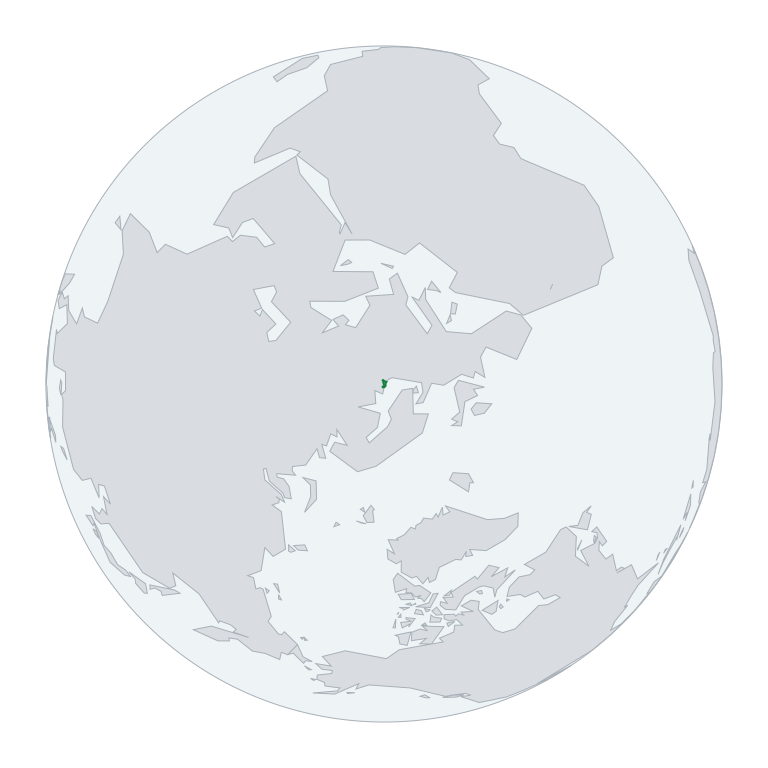 Klaipedos on an orthographic globe, rotated 189°
{"feature_id": "LTU-935", "entity_name": "Klaipedos", "entity_type": "County", "adm_level": 1, "iso_a3": "LTU", "parent_name": "Lithuania", "parent_adm1": "", "projection": "orthographic", "projection_center": [21.636, 55.706], "detail": "medium", "context": "on_globe", "style": "filled", "palette": "green", "viewbox_px": 768, "rotation_deg": 189, "n_neighbors": 0, "source": "natural_earth", "source_scale": "10m", "svg_char_len": 12331}
<svg xmlns="http://www.w3.org/2000/svg" viewBox="0 0 768 768"><g transform="rotate(189 384 384)"><circle cx="384" cy="384" r="338" fill="#eef3f6" stroke="#a8b0b8"/><path d="M70.9,256.9L73.3,251.2L80.0,236.4L91.9,214.1L105.4,192.8L120.4,172.5L137.0,153.4L137.4,153.0L186.0,111.8L154.6,135.8L167.1,124.9L178.8,115.6L177.1,117.2L197.9,103.7L213.8,94.2L240.0,84.3L259.1,87.2L249.5,90.3L255.2,91.2L267.5,87.6L274.3,85.1L310.6,87.9L351.9,84.4L363.9,78.4L362.1,84.1L384.2,70.0L406.0,67.7L382.0,73.6L380.0,76.9L395.0,76.5L396.2,79.9L404.2,81.9L404.3,86.1L390.3,89.9L390.1,92.9L400.7,92.6L407.6,97.2L391.9,97.1L402.2,105.2L380.6,114.4L338.7,113.1L327.2,124.0L285.2,138.5L289.5,141.6L276.3,149.9L276.4,156.8L268.6,158.2L275.4,162.7L282.5,160.2L287.8,161.5L288.6,165.5L278.7,167.7L276.9,166.0L274.4,168.7L269.2,168.2L272.2,170.8L260.2,173.3L272.9,176.9L264.1,184.1L255.9,184.1L255.7,176.1L236.1,158.4L227.8,157.0L216.2,162.6L196.6,189.4L187.7,191.7L176.6,200.6L181.8,202.7L192.5,196.6L199.6,203.3L211.7,195.6L216.4,197.5L229.3,193.4L228.4,202.9L220.5,214.5L209.8,218.6L206.0,224.0L217.1,227.7L197.9,243.2L186.8,267.8L181.7,271.3L170.2,263.5L168.0,243.8L153.0,236.0L163.7,250.3L150.8,259.6L149.1,265.3L150.4,270.5L155.7,270.7L151.5,276.1L139.4,263.4L143.0,258.3L146.8,262.2L145.7,253.3L137.4,245.8L131.5,251.7L125.3,236.0L121.0,240.2L117.2,239.5L124.5,233.7L111.3,244.2L103.1,231.2L85.0,250.3L101.6,225.0L106.9,213.1L111.7,200.9L108.6,203.7L119.1,185.3L121.6,176.2L112.2,184.2L100.4,200.4L89.8,219.0L91.3,218.5L86.3,230.9L79.7,237.6L69.2,263.9L64.4,274.4L61.0,284.7L70.9,256.9ZM59.6,289.5L57.2,298.7L53.6,314.7L54.5,316.2L54.6,326.9L50.9,338.0L53.8,336.4L51.8,349.9L54.1,379.6L53.0,379.7L54.3,418.2L61.8,451.7L63.5,466.3L62.0,468.0L65.9,479.1L66.1,482.6L87.1,526.1L102.3,554.0L104.8,564.9L98.0,561.7L101.4,569.3L89.1,548.9L78.2,527.7L68.8,505.8L61.0,483.2L54.8,460.2L50.2,436.7L47.3,413.0L46.1,389.2L46.6,365.3L48.8,341.6L52.6,318.0L54.5,309.3L56.5,300.9L56.6,300.4L59.6,289.5ZM80.3,254.8L68.7,291.5L70.4,276.5L71.0,277.9L74.9,267.3L80.6,250.9L83.5,238.9L80.3,254.8ZM85.9,257.8L87.5,252.3L86.6,257.0L85.9,257.8ZM277.1,83.6L267.7,87.3L256.1,89.6L263.8,86.0L277.1,83.6ZM299.4,81.2L295.3,83.4L289.3,81.3L293.5,80.6L299.4,81.2ZM372.3,73.6L364.4,74.5L371.6,72.6L372.3,73.6ZM405.3,81.4L407.2,80.2L410.5,81.8L405.3,81.4ZM228.9,188.6L229.0,191.0L226.6,190.5L228.9,188.6ZM234.3,184.8L231.4,182.5L233.5,180.4L235.3,181.8L234.3,184.8ZM413.7,89.9L418.5,93.2L411.2,90.5L413.7,89.9ZM237.5,188.1L237.7,177.0L241.5,173.3L251.6,175.9L237.5,188.1ZM419.7,95.5L431.5,103.9L436.7,101.7L428.7,113.1L421.3,101.9L411.5,98.7L418.4,98.3L419.7,95.5ZM284.5,157.7L276.9,160.5L282.6,154.6L284.5,157.7ZM286.8,153.7L296.5,134.6L308.0,133.0L302.4,139.4L316.8,134.7L317.6,143.2L309.9,147.7L302.3,147.0L308.4,150.9L286.8,153.7ZM422.4,118.4L423.2,121.2L419.7,119.0L422.4,118.4ZM290.4,161.6L291.4,157.7L301.4,155.9L301.4,163.3L298.1,161.5L290.4,161.6ZM320.2,129.5L327.6,129.7L330.3,136.6L333.6,137.6L318.6,143.3L320.2,129.5ZM296.2,163.9L301.1,167.2L297.0,171.9L290.2,165.3L296.2,163.9ZM304.0,152.3L308.8,151.9L306.1,154.5L304.0,152.3ZM285.2,190.8L286.1,185.8L291.4,184.3L285.2,190.8ZM303.2,168.2L304.6,166.6L306.7,165.6L309.0,168.7L303.2,168.2ZM321.6,147.9L321.2,150.8L327.8,145.9L330.2,151.1L319.7,154.0L325.2,155.0L325.9,156.6L316.6,157.2L321.6,147.9ZM317.9,168.9L305.5,174.9L302.7,184.3L297.9,185.7L303.3,170.5L317.9,168.9ZM318.0,161.9L316.9,166.5L311.5,165.8L308.9,162.2L318.0,161.9ZM335.5,153.7L334.6,144.9L336.9,144.6L335.5,153.7ZM318.2,171.7L321.2,170.2L318.6,172.4L318.2,171.7ZM331.4,159.3L330.7,156.1L333.4,155.9L331.4,159.3ZM327.7,170.0L323.7,171.9L321.8,169.4L327.7,170.0ZM330.2,165.2L334.0,165.6L323.5,167.4L329.5,163.8L330.2,165.2ZM333.9,159.6L335.3,158.4L333.8,160.9L333.9,159.6ZM337.1,178.5L324.4,181.4L320.2,175.9L333.2,173.7L337.1,178.5ZM199.6,592.8L177.2,544.6L187.2,534.5L188.3,515.5L257.1,473.6L272.5,483.1L327.6,485.5L334.6,489.2L329.0,505.7L371.0,528.9L383.5,515.3L420.7,524.0L444.9,520.1L452.0,487.2L412.4,493.1L404.6,477.8L435.7,459.5L470.2,454.2L468.3,448.2L445.7,438.6L452.9,424.9L437.8,434.2L444.5,439.7L435.2,445.9L428.6,441.4L431.4,436.5L420.8,435.2L410.2,459.6L415.8,467.8L388.5,474.0L395.2,488.5L388.1,495.6L374.0,473.9L374.8,465.5L349.2,440.4L345.8,449.5L369.8,474.2L362.6,472.2L358.3,485.8L356.0,473.9L330.7,445.5L305.5,447.3L274.7,475.2L259.7,473.6L246.7,462.1L256.7,429.0L289.0,436.4L292.9,425.7L285.4,406.3L295.9,410.6L296.7,403.9L308.9,405.7L324.9,392.1L337.1,392.2L342.4,371.8L349.4,369.3L344.2,381.9L347.1,391.2L377.2,391.5L382.8,387.0L383.8,373.9L392.0,376.1L389.1,363.4L406.0,357.3L383.1,354.5L383.7,340.0L393.3,328.5L389.4,323.5L373.8,342.3L371.2,350.4L375.6,358.0L365.1,380.9L355.0,384.2L350.4,359.1L335.5,361.4L338.5,341.6L379.0,301.5L396.4,293.2L427.1,309.1L423.6,318.8L410.8,317.7L423.5,331.7L422.1,324.3L428.8,326.4L431.1,313.8L436.0,314.7L429.9,301.5L436.2,301.2L440.0,309.6L448.7,291.7L461.5,288.2L461.1,283.8L457.1,280.1L476.0,278.6L474.9,275.4L468.3,274.6L461.8,268.1L457.6,256.1L464.4,256.2L466.8,260.5L482.0,270.2L487.4,282.2L489.8,281.1L486.7,270.7L468.1,258.8L463.7,251.7L473.1,255.9L469.3,253.8L469.3,250.3L475.5,247.1L465.4,241.9L455.4,205.5L466.5,196.4L476.1,203.8L476.2,180.5L488.7,173.3L482.6,172.4L478.5,161.5L474.5,163.5L471.3,162.4L459.0,136.8L461.4,131.4L449.2,120.6L446.0,120.4L443.6,123.7L428.7,113.1L436.7,101.7L443.5,102.8L443.9,95.5L459.2,99.3L472.1,99.6L488.7,109.0L497.4,108.9L496.5,106.1L507.8,104.3L533.9,111.5L516.6,117.9L478.1,112.5L494.1,115.4L491.6,118.6L498.1,122.2L509.3,124.4L509.9,122.2L533.7,147.7L563.0,164.3L558.1,152.2L563.7,148.7L592.8,160.0L633.8,203.4L641.6,201.5L647.8,206.0L653.5,217.4L644.8,211.1L643.0,216.8L637.2,211.8L643.4,228.9L635.4,222.6L644.2,239.5L650.1,240.2L647.6,227.0L658.7,245.1L666.9,241.6L677.2,251.0L694.7,291.2L698.6,318.4L700.8,323.3L697.5,327.6L700.4,346.0L712.4,350.7L714.6,357.1L716.0,386.7L714.7,382.6L706.1,394.2L709.7,412.7L716.5,407.6L719.0,415.7L716.1,424.4L713.0,418.1L709.8,421.8L706.9,407.2L697.0,395.3L693.8,411.8L690.4,403.4L676.4,399.3L669.7,422.6L661.7,471.4L666.6,494.4L661.1,512.6L639.6,497.2L628.6,478.3L621.7,487.8L598.8,481.4L561.9,505.4L555.9,501.0L549.1,508.5L532.8,509.0L523.3,500.6L513.9,505.6L539.1,527.0L549.1,521.4L556.4,504.9L561.7,513.8L577.2,514.8L562.8,549.6L506.7,595.2L500.0,578.6L451.1,534.5L451.9,527.4L451.6,526.7L450.9,525.5L447.7,537.3L438.9,527.1L466.3,562.4L471.4,577.7L505.9,596.5L503.0,600.3L513.7,602.3L546.6,582.0L547.1,587.9L532.3,620.0L485.6,664.8L491.2,679.1L486.8,691.2L456.3,704.3L457.7,709.2L441.8,713.6L439.9,715.7L426.4,718.8L404.3,721.3L368.1,721.5L366.9,721.1L350.3,717.7L327.8,702.0L338.0,694.1L335.2,685.5L308.9,659.8L314.8,646.6L307.5,639.1L292.6,637.8L284.1,628.1L274.9,625.7L217.5,611.6L199.6,592.8ZM234.6,503.3L233.0,509.1L234.6,503.3ZM507.9,464.0L527.8,456.9L516.7,439.8L523.4,435.8L517.1,431.7L515.8,438.6L500.2,426.4L507.9,416.5L504.4,408.0L497.6,410.1L485.8,430.4L508.1,447.7L504.4,458.1L507.9,464.0ZM54.3,380.4L54.1,386.1L53.4,381.3L54.3,380.4ZM68.2,278.4L66.9,284.6L65.4,289.3L65.9,285.2L68.2,278.4ZM63.7,329.4L63.4,337.3L62.6,330.8L63.7,329.4ZM67.4,297.1L63.8,323.4L62.3,312.3L65.1,296.0L64.6,304.7L67.4,297.1ZM81.4,260.5L80.1,265.0L78.8,265.6L81.4,260.5ZM85.2,261.3L85.4,260.0L87.1,256.7L85.2,261.3ZM151.6,260.3L152.4,261.5L152.6,267.3L150.2,265.7L151.6,260.3ZM167.4,287.9L160.3,296.1L163.7,288.9L158.9,287.8L160.2,271.8L179.2,272.2L170.4,274.7L167.4,287.9ZM167.2,251.4L164.2,261.0L166.7,250.5L167.2,251.4ZM289.7,367.1L294.1,372.8L289.9,379.9L274.5,381.3L280.4,370.8L289.7,367.1ZM301.3,379.3L301.1,354.8L310.7,353.5L305.3,358.3L311.7,359.9L304.8,368.1L314.2,391.3L311.1,399.3L284.3,396.6L294.8,392.8L289.8,387.3L301.3,379.3ZM283.7,299.9L283.7,290.7L304.4,299.5L302.0,307.2L286.5,308.6L280.2,300.5L283.7,299.9ZM255.3,195.4L254.0,192.3L256.7,191.6L260.1,193.6L255.3,195.4ZM285.2,188.6L264.0,208.4L261.4,205.8L252.1,221.4L241.6,220.6L248.0,210.4L233.0,221.8L234.5,212.3L225.1,221.0L240.4,198.4L241.2,190.8L244.3,199.5L253.9,200.3L258.3,198.4L271.3,187.5L277.8,172.1L288.3,171.0L294.0,174.3L294.1,177.8L287.2,177.3L292.2,182.4L282.3,184.4L285.2,188.6ZM355.1,221.2L347.1,217.9L355.5,230.9L345.7,232.0L347.3,233.4L340.5,238.1L335.0,246.6L330.4,245.7L330.2,249.4L325.7,252.9L324.0,257.7L315.1,258.1L312.3,264.2L309.7,261.0L307.1,271.5L305.1,263.9L299.0,268.0L304.2,273.2L260.7,266.2L244.1,270.1L231.3,277.7L229.5,264.4L240.2,249.1L257.1,235.4L273.4,234.0L269.6,228.5L276.3,226.4L276.5,231.6L280.2,222.3L285.7,222.0L300.7,211.5L302.6,199.0L308.1,195.1L310.2,199.9L314.3,192.8L321.9,199.2L326.0,196.7L337.6,200.9L339.2,212.0L343.7,208.4L352.7,211.7L355.1,221.2ZM340.2,180.0L344.3,192.4L340.9,199.2L322.1,189.2L317.3,190.6L305.1,185.0L310.3,175.3L313.3,177.8L317.4,177.9L314.1,180.9L319.8,178.6L324.2,182.0L329.8,181.3L329.6,185.4L340.2,180.0ZM342.1,483.3L347.4,484.5L355.7,484.2L353.1,493.0L342.1,483.3ZM324.5,464.3L329.3,463.7L329.7,475.4L324.1,474.4L324.5,464.3ZM331.6,453.6L329.5,462.7L327.3,457.2L331.6,453.6ZM348.6,380.8L353.7,379.6L354.3,382.6L351.7,387.1L348.6,380.8ZM377.9,262.1L373.9,258.6L375.3,256.8L372.2,245.9L379.3,244.5L383.9,250.6L377.9,262.1ZM445.5,494.0L438.7,501.3L435.0,499.0L438.0,496.9L445.5,494.0ZM393.9,499.4L405.9,502.7L393.0,501.8L393.9,499.4ZM385.1,258.8L383.0,254.4L387.8,256.5L385.1,258.8ZM384.3,243.1L389.9,244.4L379.8,243.1L384.3,243.1ZM541.3,670.0L515.7,692.8L500.7,698.4L499.4,696.0L509.8,684.3L527.7,674.7L536.9,665.8L541.3,670.0ZM718.0,435.2L716.1,442.9L706.8,444.0L710.3,434.6L718.8,421.5L718.4,426.2L719.9,421.0L719.6,423.9L718.0,435.2ZM721.6,398.3L721.5,395.7L721.5,386.9L721.7,380.1L717.9,334.5L717.5,329.6L718.3,334.7L721.5,366.4L721.6,398.3ZM667.9,495.2L674.8,501.2L671.2,508.4L667.9,495.2ZM712.9,310.7L716.8,329.6L712.2,309.0L712.9,310.7ZM708.1,294.8L709.6,298.1L708.9,298.7L708.1,294.8ZM704.0,329.0L704.0,337.3L702.4,334.7L701.3,322.5L704.0,329.0ZM685.0,259.4L691.2,267.6L693.4,271.8L690.4,270.2L685.0,259.4ZM442.4,244.8L438.8,261.1L440.9,272.8L449.4,278.9L435.9,277.7L432.6,259.6L442.4,244.8ZM453.1,210.2L445.6,205.4L449.7,203.2L452.0,204.0L453.1,210.2ZM448.0,210.3L437.1,212.7L433.5,207.3L442.8,206.5L448.0,210.3ZM411.2,235.2L409.7,240.0L405.8,238.1L411.2,235.2ZM712.6,305.4L713.9,310.7L707.4,286.2L707.6,286.6L712.6,305.4ZM708.8,291.3L711.2,300.6L707.7,287.9L708.8,291.3ZM710.9,300.1L709.4,296.2L708.4,291.3L710.9,300.1ZM707.9,287.9L704.6,278.6L705.6,280.5L707.9,287.9ZM705.4,288.1L706.1,284.0L708.1,296.0L700.4,281.8L699.0,274.9L705.4,288.1ZM648.8,195.5L644.8,193.4L641.4,186.8L645.1,190.1L648.8,195.5ZM626.6,165.1L639.2,184.5L648.7,201.1L649.2,198.5L657.7,207.8L653.0,208.3L641.1,192.2L635.2,180.8L627.4,174.5L618.9,163.9L610.1,159.8L604.2,154.2L610.3,154.7L626.6,165.1ZM606.6,158.6L588.2,149.4L585.0,140.2L588.2,140.1L598.0,148.1L599.2,152.4L606.6,158.6ZM582.9,144.6L583.8,148.9L558.8,147.8L552.7,145.4L570.0,140.5L571.8,144.4L578.5,146.6L582.9,144.6ZM426.6,120.6L423.5,121.2L424.9,119.0L426.6,120.6ZM469.2,163.8L465.0,161.8L466.8,159.0L469.2,163.8ZM454.4,155.0L455.3,159.5L451.5,154.7L454.4,155.0ZM457.8,169.7L454.3,161.2L461.7,169.5L457.8,169.7Z" fill="#d9dde1" stroke="#a8b0b8" stroke-width="1"/><path d="M382.1,381.8L382.5,381.8L382.6,381.7L382.7,381.3L382.7,381.2L383.0,380.9L383.3,380.9L383.7,380.5L383.9,380.5L384.2,380.4L385.1,380.0L384.9,380.2L385.0,380.4L385.0,380.6L385.1,380.9L385.2,381.0L384.9,381.5L384.6,381.5L384.3,381.7L384.2,381.8L384.0,382.2L383.8,382.3L383.8,382.7L383.9,383.0L383.6,383.3L383.9,383.4L383.9,383.5L384.0,383.6L384.4,383.7L384.4,383.9L384.4,384.0L384.5,384.2L384.6,384.5L384.8,384.6L384.8,384.8L384.6,384.8L384.7,385.0L384.8,385.3L384.8,385.6L385.0,385.6L385.4,385.8L385.3,386.1L384.9,386.5L385.0,386.6L385.4,386.8L385.5,387.1L385.5,387.3L385.7,387.2L385.8,387.1L386.0,387.2L386.2,387.3L386.1,387.6L385.7,387.8L385.6,388.0L385.3,387.9L385.3,387.6L385.2,387.6L384.8,387.6L384.6,387.5L384.4,387.4L384.0,387.1L383.9,387.0L383.6,387.0L383.4,386.9L383.2,386.6L382.8,386.7L382.8,386.4L382.8,386.2L382.7,386.2L382.6,385.8L382.7,385.7L382.6,385.1L382.5,384.7L382.4,384.4L382.4,384.2L382.2,383.9L382.1,383.5L382.0,383.0L382.0,382.7L382.1,381.8ZM381.8,386.5L381.6,386.5L381.9,386.0L382.0,385.7L382.2,385.2L382.2,384.6L382.2,384.4L382.2,384.1L382.2,383.9L382.3,384.0L382.3,384.3L382.3,384.8L382.3,385.0L382.3,385.3L382.2,385.5L382.1,385.8L382.0,386.2L381.8,386.4L381.8,386.5Z" fill="#22c55e" stroke="#15803d" stroke-width="1.5"/></g></svg>